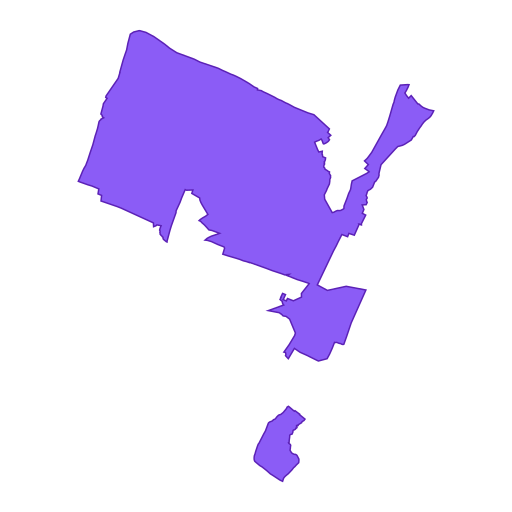 San Martín de las Pirámides, México, Mexico
{"feature_id": "50627088B75839204947328", "entity_name": "San Martín de las Pirámides", "entity_type": "district", "adm_level": 2, "iso_a3": "MEX", "parent_name": "Mexico", "parent_adm1": "México", "projection": "mercator", "projection_center": [-98.819, 19.696], "detail": "fine", "context": "isolated", "style": "filled", "palette": "violet", "viewbox_px": 512, "rotation_deg": 0, "n_neighbors": 0, "source": "geoboundaries", "source_scale": "gbopen_adm2", "svg_char_len": 6001}
<svg xmlns="http://www.w3.org/2000/svg" viewBox="0 0 512 512"><path d="M364.5,160.9L368.3,164.6L364.8,168.5L368.4,171.1L369.1,171.8L366.7,173.4L352.1,180.9L352.0,181.6L351.4,184.1L350.8,188.2L350.4,189.9L348.7,193.4L346.9,198.6L346.1,200.6L344.0,206.0L343.9,208.5L343.7,208.8L340.8,210.4L339.5,210.6L337.5,210.5L336.1,211.0L333.7,212.3L332.2,212.6L324.7,199.2L324.3,194.8L326.5,190.5L327.1,188.8L329.4,184.0L329.8,181.1L329.8,179.5L330.6,177.6L330.5,177.2L330.6,175.6L329.3,173.5L329.5,171.9L328.0,171.2L327.3,170.6L325.0,169.2L324.8,168.2L323.7,167.0L323.9,165.7L323.9,165.3L324.6,164.0L324.2,163.7L324.5,162.5L324.5,161.9L324.3,161.8L324.8,161.2L325.4,159.6L325.4,159.1L325.6,157.9L322.7,156.7L322.4,154.6L322.2,154.5L322.1,153.4L322.3,151.2L318.8,152.0L317.6,149.6L314.6,142.2L316.6,141.2L319.0,140.3L321.1,139.0L322.0,140.3L323.0,143.1L323.3,143.7L323.6,143.9L324.0,143.9L325.8,143.1L327.0,142.3L328.1,141.5L328.8,140.7L329.5,139.7L328.1,137.7L330.8,135.3L327.6,132.4L328.1,131.7L329.4,128.9L313.9,114.7L308.0,112.9L294.3,107.3L289.6,104.7L287.5,103.6L285.7,102.9L281.3,100.5L279.1,99.7L277.0,98.7L274.7,97.3L267.5,93.7L263.3,91.8L261.2,90.6L257.4,89.9L257.6,88.5L254.2,87.0L249.1,83.5L240.7,78.6L236.1,76.3L233.2,75.0L230.9,74.2L225.1,71.5L222.7,70.5L218.5,68.4L217.5,68.0L200.0,62.1L194.3,59.2L176.7,52.7L169.5,48.1L164.7,44.2L154.0,36.7L146.0,32.4L139.9,30.7L138.9,30.7L133.7,32.0L130.3,34.2L127.9,43.3L126.6,50.0L125.3,53.7L123.2,59.9L119.8,72.2L120.0,72.3L118.2,78.3L117.6,79.2L106.1,95.9L105.7,97.4L107.1,98.3L103.4,103.7L103.0,106.1L100.9,114.0L101.1,114.3L101.6,114.7L102.3,115.7L102.3,116.2L102.3,116.7L103.7,117.8L100.9,119.2L100.9,119.6L99.7,120.7L99.3,121.2L99.0,121.8L98.2,125.6L97.5,128.6L96.1,133.2L95.2,135.9L92.8,144.9L90.3,152.2L87.7,160.3L86.6,163.1L85.8,165.3L84.0,168.3L82.6,171.2L79.5,178.7L78.3,181.3L80.0,182.0L87.9,184.8L91.9,186.0L98.8,188.9L98.0,193.9L101.6,195.4L101.0,201.0L117.3,206.6L121.1,208.1L152.8,222.6L153.4,222.9L153.6,226.7L155.9,225.8L156.9,224.9L161.1,225.7L160.1,228.2L159.6,230.1L160.0,230.9L160.1,231.3L160.0,231.7L160.0,232.0L159.9,232.3L159.9,232.6L160.1,233.0L160.1,234.2L160.7,234.8L160.9,235.2L162.0,236.2L162.3,236.8L162.8,237.0L163.0,237.5L163.1,238.7L163.5,239.4L166.3,241.7L167.0,242.0L167.1,241.0L169.9,230.5L171.3,225.9L176.0,212.7L176.1,210.8L180.0,202.4L181.7,197.8L185.2,189.6L186.4,190.2L192.9,190.0L191.8,193.4L199.7,198.0L199.9,200.0L200.9,202.5L202.3,205.1L207.9,214.4L205.6,216.2L202.8,217.8L200.1,219.6L199.1,220.6L200.6,221.3L201.4,222.1L201.9,222.7L204.4,224.9L206.9,227.6L208.9,229.9L212.0,230.5L219.6,233.3L217.6,234.1L211.5,236.1L209.0,237.3L207.2,238.3L205.1,240.1L207.5,240.4L211.5,241.6L217.8,244.5L224.0,246.9L224.6,248.1L222.8,254.2L228.1,255.9L236.0,258.2L239.8,259.4L243.3,260.8L246.5,261.6L249.1,262.5L249.1,262.3L249.9,262.5L266.2,268.3L272.2,270.6L281.3,273.6L284.8,274.9L285.4,274.9L286.5,274.6L289.0,274.4L287.2,275.6L297.3,279.6L303.1,281.4L308.7,283.3L309.2,283.6L301.4,293.5L301.5,297.1L293.4,300.8L287.5,298.5L286.3,300.9L283.1,299.6L283.8,298.4L285.5,294.6L282.6,293.4L280.8,297.2L281.1,297.3L280.0,299.5L282.2,301.4L282.4,302.8L283.1,304.4L283.7,305.0L268.3,310.6L279.2,312.7L279.8,313.0L280.4,313.7L281.3,314.0L283.1,315.9L286.1,316.4L289.6,319.1L295.4,333.0L294.6,335.6L289.2,344.6L283.9,352.1L285.5,352.5L285.9,354.5L285.5,355.7L288.3,358.7L294.4,348.4L300.1,352.3L306.4,355.1L317.3,360.5L318.4,361.0L327.1,358.7L329.7,353.9L332.2,348.3L334.5,342.4L335.2,342.6L336.1,342.4L336.8,342.4L339.3,343.4L340.4,343.5L341.7,344.2L342.4,344.4L343.0,344.5L343.8,344.3L346.4,337.1L351.2,322.9L365.9,290.0L346.2,286.3L327.4,290.4L317.3,284.9L333.5,250.9L336.2,245.9L338.2,241.7L341.9,234.5L347.6,236.7L348.9,233.4L354.3,235.2L359.0,224.6L359.0,224.4L358.8,224.0L359.2,224.0L361.4,225.0L361.5,225.0L361.5,224.7L361.3,223.9L365.7,215.1L362.3,213.3L363.9,209.5L362.2,204.9L366.1,204.7L367.2,202.5L367.0,201.9L366.7,201.7L366.3,199.4L367.2,198.0L366.9,197.0L366.1,195.6L366.9,193.4L367.0,192.7L367.9,190.6L370.5,189.2L372.6,187.2L374.6,182.1L375.9,181.1L377.9,178.1L378.4,177.6L379.1,175.0L378.9,174.0L379.3,171.9L380.9,165.2L381.1,164.6L395.5,148.8L397.8,146.5L399.9,146.0L402.4,145.3L403.5,144.8L404.7,144.2L411.3,140.0L413.3,136.5L414.1,136.6L415.3,135.3L417.3,131.5L419.8,127.7L421.1,126.0L422.1,124.4L423.7,122.3L425.8,120.2L428.2,118.5L429.7,117.3L431.0,115.8L432.7,112.9L433.7,110.8L429.2,109.9L424.7,108.2L422.8,107.3L421.2,106.1L418.9,104.0L417.8,103.9L411.2,95.6L408.6,98.2L406.4,95.4L404.9,93.0L406.4,90.5L408.0,87.3L409.0,84.7L407.6,84.6L400.3,85.1L397.8,90.1L395.2,97.2L394.3,100.5L394.0,102.2L393.1,104.3L389.7,116.2L387.8,122.3L386.6,125.7L384.8,129.0L381.6,134.6L371.7,152.4L367.6,157.9L366.7,158.9L364.5,160.9ZM288.4,406.3L287.1,407.1L286.6,408.3L285.7,409.5L283.2,412.5L280.7,414.5L279.1,414.9L278.4,415.3L276.8,416.9L275.4,418.8L274.6,419.3L273.4,419.7L273.2,420.1L272.0,421.1L269.8,421.9L268.6,422.8L268.3,423.3L265.4,431.0L263.7,434.0L259.0,443.2L258.2,444.2L257.4,446.3L255.7,451.4L255.1,453.7L254.3,455.9L254.1,458.0L254.2,459.8L254.7,461.2L256.0,462.4L259.7,465.5L262.2,467.0L266.6,470.5L270.4,473.9L272.4,475.1L280.0,480.1L282.6,481.3L283.5,478.5L284.1,477.5L285.3,476.2L286.8,474.9L288.3,473.7L292.0,469.8L293.6,467.7L294.9,466.6L296.3,465.0L298.7,462.7L298.9,460.8L298.9,459.1L297.1,455.6L296.6,455.0L295.6,454.4L294.2,454.3L292.7,453.6L291.6,452.8L291.4,452.6L290.7,451.3L290.1,450.5L290.1,449.7L290.4,448.0L290.4,446.9L290.7,445.7L290.6,445.2L290.5,444.8L290.0,444.2L288.8,443.4L288.5,442.7L289.1,442.4L289.2,440.5L289.7,436.8L289.7,435.3L290.5,434.5L292.0,434.2L292.8,432.4L293.0,430.8L293.2,430.3L293.6,430.0L294.3,429.9L295.4,429.2L295.6,428.9L295.7,428.2L296.5,428.1L296.9,427.7L297.0,427.4L297.0,426.8L296.8,426.5L296.5,426.3L296.5,425.7L297.2,425.2L297.8,425.5L298.1,425.5L298.5,424.6L301.6,422.7L301.7,422.3L302.3,421.5L304.0,420.5L305.0,419.1L299.5,414.6L299.7,414.2L295.0,410.7L294.5,411.2L293.7,410.7L289.6,407.2L288.4,406.3Z" fill="#8b5cf6" stroke="#5b21b6" stroke-width="1.5"/></svg>